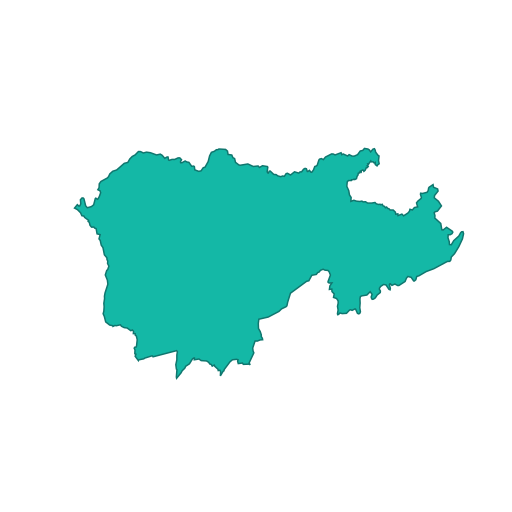 outline of Celica, Loja, Ecuador, rotated 201°
{"feature_id": "8360857B35359374832073", "entity_name": "Celica", "entity_type": "district", "adm_level": 2, "iso_a3": "ECU", "parent_name": "Ecuador", "parent_adm1": "Loja", "projection": "equal_earth", "projection_center": [-80.041, -4.165], "detail": "fine", "context": "isolated", "style": "filled", "palette": "teal", "viewbox_px": 512, "rotation_deg": 201, "n_neighbors": 0, "source": "geoboundaries", "source_scale": "gbopen_adm2", "svg_char_len": 6138}
<svg xmlns="http://www.w3.org/2000/svg" viewBox="0 0 512 512"><g transform="rotate(201 256 256)"><path d="M323.9,119.8L323.3,120.8L317.6,125.3L316.8,125.6L316.0,125.0L296.2,139.2L295.1,138.4L294.4,135.2L292.7,130.7L291.9,125.8L289.8,121.9L289.1,121.6L287.0,114.5L286.3,113.4L284.1,120.0L283.8,122.4L282.3,125.6L282.1,127.9L279.5,131.5L278.4,137.3L277.2,138.7L276.9,138.7L276.4,137.0L272.3,139.4L269.7,138.7L264.6,140.3L262.1,139.8L260.4,138.6L258.9,138.7L257.4,137.5L255.9,139.2L254.9,138.2L251.0,136.7L250.2,135.5L248.7,136.4L247.6,135.3L246.3,131.3L245.4,136.5L244.8,137.3L245.0,138.6L242.4,147.8L240.8,150.7L237.1,152.6L235.6,152.7L235.4,151.1L234.0,149.2L230.3,151.2L229.0,150.3L223.6,152.6L222.4,152.3L224.1,153.7L223.3,164.8L224.7,166.3L226.1,168.9L226.4,176.3L224.2,177.1L222.1,179.1L219.8,180.2L220.6,181.5L222.2,182.7L222.8,184.3L225.0,187.0L227.7,189.2L229.7,193.9L230.7,198.0L222.7,203.4L214.7,212.5L213.2,215.8L209.8,219.4L209.3,220.6L209.9,224.3L210.5,233.6L199.7,250.5L197.8,251.8L197.0,258.0L193.1,260.4L192.5,262.6L191.3,263.7L190.7,265.7L188.6,267.7L186.6,267.5L183.6,268.3L182.1,267.5L179.7,264.9L179.6,257.9L179.2,257.2L178.0,257.0L175.5,258.1L176.3,254.6L175.5,251.1L173.4,252.3L172.3,250.0L169.4,248.6L168.8,245.1L165.6,245.2L163.3,243.6L162.4,241.5L161.9,238.2L160.0,235.0L159.3,231.4L158.7,230.5L158.0,231.0L157.2,232.9L154.9,233.1L151.0,234.9L149.3,239.0L148.5,239.7L146.8,239.7L144.6,242.1L144.0,242.1L140.7,238.8L139.3,238.8L138.6,239.6L138.5,241.3L140.6,244.9L141.9,249.3L143.6,253.2L144.0,255.3L143.3,256.5L138.5,259.3L136.6,263.6L133.9,261.8L133.8,259.0L132.8,257.7L132.0,257.2L130.8,257.9L129.6,259.7L128.9,263.0L126.9,266.4L127.3,267.9L129.0,269.3L129.2,270.4L128.7,272.3L126.7,275.1L124.3,275.6L119.9,272.5L118.7,272.5L119.0,274.0L121.2,277.0L121.2,277.8L120.6,278.2L118.6,277.3L116.3,279.6L113.2,279.2L112.0,279.7L107.7,285.6L107.6,289.3L106.9,291.3L103.5,291.7L99.9,289.2L99.2,289.4L98.3,291.1L98.6,294.5L96.8,295.9L91.5,302.5L85.4,307.9L75.4,319.5L73.2,320.4L72.7,322.1L73.3,325.0L71.5,329.3L70.0,337.5L69.4,345.9L70.2,351.2L71.5,352.9L72.7,352.3L73.3,351.0L73.8,347.3L76.9,341.2L77.7,336.5L79.5,336.0L80.7,338.6L83.3,341.8L84.2,344.7L82.3,345.5L81.0,347.1L80.8,348.8L81.6,349.5L88.4,351.1L90.6,347.4L91.9,347.1L95.2,352.6L102.7,355.5L103.4,357.8L105.2,360.3L104.6,361.5L102.7,362.9L100.8,369.2L105.3,372.5L110.4,374.2L111.0,376.4L109.3,381.9L110.5,383.7L114.9,383.8L116.3,386.1L119.0,382.3L119.2,381.3L118.7,378.7L119.1,376.8L122.9,374.1L124.8,373.6L124.5,372.4L122.6,370.0L122.5,368.9L124.5,365.4L125.2,363.1L122.7,359.8L125.5,358.0L126.5,355.0L129.0,354.8L128.8,352.7L129.6,350.5L132.6,346.4L134.8,347.4L137.9,344.6L138.7,346.2L140.5,345.1L141.6,346.9L144.4,348.1L147.3,347.0L148.9,347.8L150.1,347.6L151.6,348.5L152.5,347.4L153.8,348.4L155.3,348.3L156.7,349.5L157.8,348.5L158.7,348.8L160.1,348.0L162.4,347.8L164.1,348.6L166.9,346.9L170.8,345.4L173.2,345.9L175.4,344.9L176.8,345.2L178.6,344.1L181.9,343.2L184.6,343.1L187.0,341.0L188.2,344.8L190.6,346.5L192.8,350.2L196.2,353.6L197.4,357.9L196.7,359.6L194.1,360.6L194.2,361.4L193.0,361.8L192.0,362.9L191.2,362.7L189.9,364.2L190.2,366.6L189.8,368.2L190.2,369.9L189.4,370.4L189.4,371.2L188.8,371.2L188.9,372.4L187.9,372.1L188.2,373.4L187.4,374.4L186.5,374.5L185.6,373.7L184.8,375.3L184.7,377.9L184.0,378.1L183.3,379.7L183.9,379.9L184.0,380.7L184.4,380.5L183.9,381.8L184.6,382.2L183.7,382.8L182.9,385.9L182.1,385.2L180.4,385.9L179.0,385.2L178.2,386.1L177.4,384.1L175.3,383.5L175.0,384.9L174.0,386.1L173.8,385.8L175.8,389.0L177.0,393.5L178.3,393.8L181.6,395.9L182.7,397.6L183.9,398.6L185.1,397.7L186.3,394.3L188.1,395.6L189.8,396.0L193.3,395.3L194.2,392.8L196.3,391.4L197.5,387.0L200.1,384.4L202.0,383.7L205.4,384.0L206.3,382.2L211.2,382.5L212.2,381.3L213.6,382.9L218.4,378.7L220.4,378.9L222.0,378.4L226.6,373.3L227.7,370.1L229.8,370.4L231.4,369.2L231.7,368.2L231.4,362.8L231.8,361.8L233.2,360.6L233.2,356.8L234.0,354.1L234.8,353.9L236.8,355.1L237.9,353.4L238.4,353.3L240.2,355.5L241.6,355.4L242.7,354.1L243.6,350.9L245.0,350.3L245.8,348.7L250.2,348.4L252.8,344.0L256.3,344.5L257.4,343.7L258.1,340.5L259.7,340.3L261.4,338.9L264.4,338.6L266.4,339.2L268.6,338.5L273.2,340.4L274.0,340.0L274.2,337.9L274.9,337.8L275.8,338.7L276.8,343.1L277.4,343.6L282.3,342.6L284.5,339.9L286.3,340.8L290.6,338.6L296.6,339.0L303.4,335.0L304.7,334.9L308.7,336.1L310.9,339.3L312.8,339.5L314.8,341.6L318.5,340.8L320.2,343.7L322.6,344.6L329.0,342.6L329.6,341.7L331.1,341.0L332.4,338.8L334.8,336.8L335.2,332.9L334.5,327.0L335.4,320.7L336.9,319.5L337.8,315.8L339.8,314.5L344.0,314.5L345.6,317.4L346.4,317.6L348.2,316.7L352.2,319.4L354.3,319.0L356.2,319.3L358.6,316.5L359.8,316.1L360.3,316.9L360.0,319.2L362.3,320.3L363.9,319.7L366.5,317.0L369.0,316.1L371.3,314.2L372.0,314.3L373.6,316.9L374.5,316.6L376.2,314.5L379.7,316.4L381.9,316.8L385.0,314.7L391.6,314.6L395.5,313.7L398.1,311.8L401.2,312.1L403.2,311.4L405.1,307.0L407.2,304.6L408.6,301.4L409.2,297.4L412.2,295.3L416.9,286.4L420.1,283.8L421.9,280.3L422.1,277.2L422.8,275.5L427.5,270.0L428.2,267.2L427.0,263.6L427.4,261.2L425.0,261.0L423.7,259.4L423.6,255.3L424.0,252.7L424.3,252.1L426.3,252.6L426.6,252.0L425.9,245.6L427.4,243.1L430.8,240.6L433.0,241.8L437.1,247.7L437.9,248.2L439.2,247.9L440.1,245.6L438.3,241.9L438.5,239.6L439.2,239.1L441.2,239.9L442.6,235.7L439.3,235.3L435.3,233.5L433.0,231.2L431.0,231.6L429.8,230.6L425.1,229.3L425.1,228.1L423.7,227.7L422.0,225.2L419.9,224.0L417.8,224.9L416.5,224.2L415.1,224.3L412.3,219.7L409.2,220.1L408.7,215.7L407.0,214.7L404.4,210.7L401.9,209.0L398.0,202.8L394.6,200.9L393.8,199.2L392.6,198.2L391.9,195.8L389.7,193.8L389.6,190.1L390.2,189.0L389.9,184.3L386.1,180.2L384.2,176.6L383.7,167.5L383.1,164.2L382.1,161.9L381.1,157.3L379.6,154.2L378.3,150.0L378.0,147.3L376.0,145.3L372.7,140.6L367.9,139.1L364.8,139.6L364.3,139.0L362.8,140.6L361.5,140.8L357.9,143.2L356.5,142.2L353.4,141.9L350.5,142.6L346.1,141.4L344.9,142.6L343.3,141.8L342.7,139.6L340.9,140.2L340.3,138.8L339.1,138.5L336.9,135.3L335.3,129.2L335.4,127.9L336.5,127.4L336.7,126.3L335.3,124.9L334.1,121.3L332.9,121.3L332.9,119.1L328.3,116.2L328.3,117.0L323.9,119.8Z" fill="#14b8a6" stroke="#0f766e" stroke-width="1.5"/></g></svg>